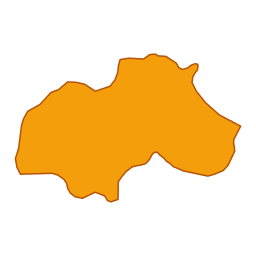 SVG path tracing the border of Trebnje
{"feature_id": "SVN-999", "entity_name": "Trebnje", "entity_type": "Municipality", "adm_level": 1, "iso_a3": "SVN", "parent_name": "Slovenia", "parent_adm1": "", "projection": "orthographic", "projection_center": [15.067, 45.922], "detail": "fine", "context": "isolated", "style": "filled", "palette": "amber", "viewbox_px": 256, "rotation_deg": 0, "n_neighbors": 0, "source": "natural_earth", "source_scale": "10m", "svg_char_len": 1050}
<svg xmlns="http://www.w3.org/2000/svg" viewBox="0 0 256 256"><path d="M183.6,171.0L173.3,166.6L170.4,163.8L166.6,161.3L163.5,157.8L159.6,154.9L157.5,152.2L154.7,152.3L152.6,153.8L149.4,159.6L145.9,163.5L140.8,165.1L138.4,165.4L132.1,166.9L126.1,171.6L121.7,176.7L118.3,181.8L118.0,199.4L110.9,201.9L107.3,200.4L104.7,195.9L95.2,192.2L82.5,198.3L75.2,196.8L70.3,193.1L67.7,188.4L66.6,183.4L64.0,179.4L57.9,175.1L52.3,173.3L20.4,174.2L16.9,167.2L15.4,158.6L18.6,148.6L21.5,125.6L23.5,119.0L27.7,111.3L39.9,104.5L51.1,92.4L58.6,89.6L67.7,81.9L76.1,82.3L84.6,84.2L95.3,91.2L110.1,86.2L115.0,79.8L117.7,72.6L118.5,65.5L120.1,59.6L128.7,58.2L143.6,59.0L149.7,54.6L154.5,54.1L156.4,54.5L157.6,55.8L166.0,56.4L176.3,63.2L178.9,67.7L182.6,69.5L187.6,67.9L190.8,65.4L193.8,64.1L196.5,63.7L198.1,65.2L197.4,70.0L194.6,73.5L192.7,77.2L192.1,82.7L196.4,91.3L205.4,102.6L219.3,114.9L240.6,126.2L233.8,139.6L233.6,143.4L234.4,147.1L234.7,151.2L228.0,165.4L223.2,170.5L215.1,174.0L207.9,176.1L183.6,171.0Z" fill="#f59e0b" stroke="#b45309" stroke-width="1.5"/></svg>